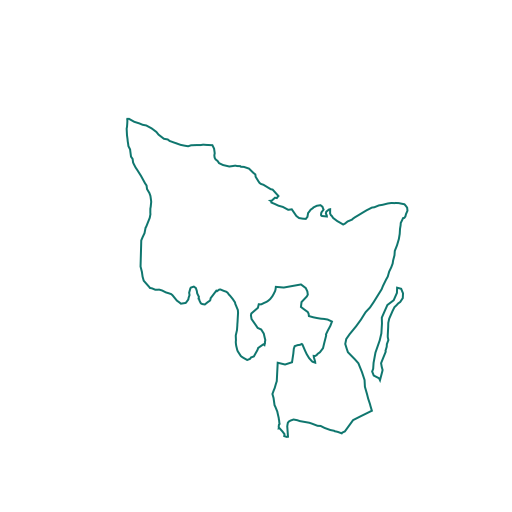 Tahta, Suhaj, Egypt (Albers equal-area conic projection), rotated 36°
{"feature_id": "37247803B8272861874741", "entity_name": "Tahta", "entity_type": "district", "adm_level": 2, "iso_a3": "EGY", "parent_name": "Egypt", "parent_adm1": "Suhaj", "projection": "albers", "projection_center": [31.471, 26.785], "detail": "fine", "context": "isolated", "style": "outline", "palette": "teal", "viewbox_px": 512, "rotation_deg": 36, "n_neighbors": 0, "source": "geoboundaries", "source_scale": "gbopen_adm2", "svg_char_len": 6037}
<svg xmlns="http://www.w3.org/2000/svg" viewBox="0 0 512 512"><g transform="rotate(36 256 256)"><path d="M440.7,313.1L436.3,309.7L435.5,309.0L430.5,305.4L426.9,302.4L421.0,297.8L416.7,292.5L409.9,287.6L405.4,284.8L401.9,282.6L396.9,281.5L396.4,281.4L386.9,279.8L383.9,277.7L379.9,274.7L377.8,270.1L377.7,264.1L378.3,254.0L378.3,245.8L377.9,240.3L377.7,237.1L377.8,236.1L378.5,230.7L378.3,224.3L377.2,209.1L376.3,205.5L375.1,198.6L374.7,195.2L372.9,190.3L372.1,185.8L371.0,181.8L369.6,179.1L367.6,174.0L365.3,170.3L363.8,164.5L361.6,158.3L359.3,153.7L356.5,149.3L354.9,146.1L353.7,144.2L353.1,140.8L352.7,138.9L353.6,138.0L353.6,136.2L352.7,133.9L351.9,130.3L349.9,128.1L348.5,127.6L346.6,127.1L345.7,126.9L340.4,129.3L337.8,131.0L337.0,131.8L334.4,133.5L331.8,136.0L328.3,140.2L325.7,142.8L323.1,147.0L321.3,148.7L319.6,152.1L318.7,153.8L316.9,158.0L315.1,162.3L313.3,166.5L312.4,169.1L312.4,169.9L311.4,171.6L310.5,173.1L309.8,174.2L308.9,177.6L308.0,179.3L303.8,179.7L301.2,180.0L296.1,179.9L293.6,179.0L292.7,179.0L291.0,178.1L288.5,174.6L287.7,175.5L286.8,178.9L287.6,180.6L289.3,181.5L290.1,182.4L285.8,184.9L284.9,184.9L284.1,184.0L283.3,182.3L283.4,178.8L280.8,177.1L278.3,177.0L277.4,177.9L275.7,179.6L273.9,183.0L273.9,183.8L273.0,186.4L273.0,188.9L272.9,190.6L274.6,194.1L274.5,195.8L274.5,196.7L271.9,198.3L268.5,200.0L265.1,199.9L257.5,197.2L256.6,198.1L254.9,199.7L248.9,200.5L244.6,202.1L240.4,202.9L238.8,203.3L237.0,203.7L236.1,202.8L235.3,202.8L236.2,202.0L237.1,197.7L238.8,196.9L238.8,195.2L238.9,194.3L230.4,192.5L228.7,193.3L220.2,194.0L217.6,194.8L215.9,194.8L213.4,193.9L212.3,193.4L211.5,193.1L209.1,192.1L208.3,191.2L207.5,190.4L204.9,190.3L199.0,189.4L193.9,191.0L191.3,192.7L190.4,192.6L187.9,194.3L186.1,195.1L184.3,196.9L181.8,199.3L175.8,201.8L171.5,202.6L170.2,202.1L169.0,201.7L166.5,201.6L164.8,200.8L163.9,199.9L163.1,199.0L162.7,198.2L162.3,197.3L161.5,196.4L159.0,193.8L157.3,192.9L155.6,192.0L153.0,193.7L150.4,195.4L147.8,197.0L146.1,198.7L142.7,201.2L138.4,204.6L136.6,207.1L133.2,208.8L129.7,210.4L118.6,213.7L116.1,213.6L112.6,215.3L109.2,215.2L105.8,215.1L102.5,214.2L96.5,214.1L90.5,214.9L87.1,216.5L83.7,217.3L78.6,219.0L72.6,219.7L71.3,220.7L71.6,221.3L72.4,222.1L74.1,224.7L75.7,227.3L76.5,229.0L80.7,234.2L83.2,236.8L84.8,238.6L86.5,240.3L88.2,242.1L91.5,243.8L92.6,245.0L96.5,249.1L99.1,250.0L101.6,252.6L103.2,253.5L106.6,255.2L109.1,256.1L115.9,258.8L123.5,262.4L126.0,263.3L128.5,265.9L132.7,267.7L135.2,269.4L136.1,270.3L138.6,272.9L139.4,273.8L141.9,278.1L142.7,279.8L145.2,283.3L146.0,284.2L147.6,287.6L150.0,297.0L150.0,297.9L152.4,303.1L153.2,307.4L154.0,310.8L157.7,316.2L168.8,332.4L173.0,335.9L176.4,339.4L179.7,342.0L188.2,343.9L188.9,344.2L190.9,343.3L194.3,342.5L197.7,340.0L200.3,339.1L204.6,338.4L207.1,337.5L209.7,336.7L211.4,336.8L214.8,337.7L218.2,338.6L220.7,338.6L221.6,338.6L223.3,338.7L225.0,337.0L226.7,335.3L226.8,333.6L226.8,331.0L226.0,329.3L225.2,326.7L223.5,325.0L221.9,320.7L221.9,319.8L223.7,317.3L224.9,317.3L226.2,317.3L228.7,319.1L230.4,320.8L233.8,322.6L234.6,324.3L235.4,324.3L236.3,325.2L238.0,326.1L239.2,326.7L240.7,326.5L243.1,325.3L244.0,321.9L244.9,319.4L244.9,318.5L244.1,316.8L244.1,315.9L244.2,312.5L244.2,311.7L244.3,307.4L245.1,307.4L246.0,304.8L246.9,304.0L250.3,303.2L252.9,302.4L254.6,302.4L257.0,303.2L258.0,303.3L258.8,303.5L262.2,304.4L262.8,304.6L264.7,305.3L266.3,305.9L267.5,307.0L268.9,307.8L270.5,308.8L273.1,310.4L274.7,312.3L275.0,312.7L277.3,316.3L278.0,317.4L279.7,320.0L281.1,322.3L281.6,323.0L284.2,327.2L286.2,331.9L286.5,332.4L286.8,332.8L289.1,335.7L289.5,336.3L290.2,337.5L291.6,339.1L292.9,340.4L295.4,342.5L296.1,343.1L297.4,343.9L298.0,344.1L302.4,345.8L303.0,345.9L303.7,345.9L305.6,345.8L310.0,345.3L311.6,342.8L311.6,341.0L313.3,338.5L312.8,334.4L312.5,331.7L312.3,330.6L311.8,329.2L312.7,326.5L313.6,323.9L313.9,323.1L315.2,323.1L314.6,321.7L314.5,321.2L313.7,320.3L313.5,319.7L312.9,318.5L311.2,317.1L307.9,314.2L303.4,312.4L299.6,313.2L296.9,312.2L289.4,309.6L286.8,307.0L286.0,305.3L287.0,301.0L288.0,296.8L286.6,293.4L288.5,292.2L289.4,290.7L289.8,289.8L291.2,287.4L291.7,286.4L292.2,285.0L292.7,282.9L292.8,282.3L292.9,279.0L292.6,276.3L292.3,274.7L292.2,273.8L292.0,273.0L291.5,271.7L291.2,271.1L290.2,269.3L297.0,265.2L309.1,252.6L310.8,252.6L315.1,252.7L318.4,254.5L320.6,256.8L320.9,258.8L319.9,266.5L322.3,270.8L325.7,270.9L330.8,270.9L332.5,271.8L334.1,273.5L338.4,271.9L341.9,270.3L345.3,268.6L347.9,267.0L351.3,265.3L356.0,264.4L357.2,268.8L357.9,274.0L358.7,278.3L359.5,279.1L362.4,286.4L364.4,291.2L364.3,296.3L363.4,298.9L363.3,300.6L362.5,302.3L361.4,302.9L362.4,304.0L365.8,306.6L366.6,307.5L364.0,308.3L363.2,308.3L359.0,307.4L354.7,305.6L351.4,303.8L347.2,301.3L345.5,300.3L344.7,300.3L343.8,302.0L342.1,303.6L340.3,306.2L341.1,308.8L343.6,313.1L347.6,320.8L343.3,326.7L336.3,329.6L346.4,345.1L347.2,347.6L348.8,352.0L349.2,353.8L350.4,358.0L351.3,358.7L353.7,360.6L358.7,365.8L360.4,366.7L364.6,369.3L366.5,371.0L369.6,373.7L370.4,374.6L371.3,375.4L372.9,377.2L373.8,378.0L373.7,378.9L374.6,380.6L375.4,381.5L375.7,382.1L376.2,381.5L380.5,382.4L383.8,383.4L384.7,385.1L387.2,384.3L388.1,383.4L382.3,376.5L381.5,375.6L380.6,373.9L379.8,372.2L379.9,370.5L380.7,368.8L382.5,366.2L385.9,364.6L388.5,363.8L397.1,359.6L399.6,358.8L405.6,357.2L408.2,355.5L412.5,354.8L418.4,353.1L421.9,351.5L422.7,351.5L424.4,350.7L426.0,350.1L429.6,349.1L429.6,348.2L431.0,345.7L431.0,343.1L431.0,337.1L431.0,331.7L435.2,323.5L437.9,318.4L440.2,314.0L440.7,313.1ZM429.3,283.6L426.0,275.1L425.4,273.8L422.9,271.8L420.2,269.2L419.6,266.9L417.2,257.2L416.5,256.6L415.1,252.6L413.7,250.4L412.5,246.2L410.2,244.1L409.2,242.7L404.7,235.8L402.3,232.3L400.6,228.4L398.8,220.2L398.1,216.0L398.6,213.4L398.9,210.8L399.7,208.4L399.5,203.8L396.9,199.8L392.7,197.2L388.8,198.7L391.7,203.0L393.4,210.9L391.1,218.4L392.8,226.4L394.0,231.9L397.6,236.6L402.9,244.9L405.7,251.6L409.4,263.9L413.9,273.3L417.1,278.4L417.9,281.2L421.5,283.5L427.4,282.6L427.5,282.6L429.3,283.6Z" fill="none" stroke="#0f766e" stroke-width="2"/></g></svg>